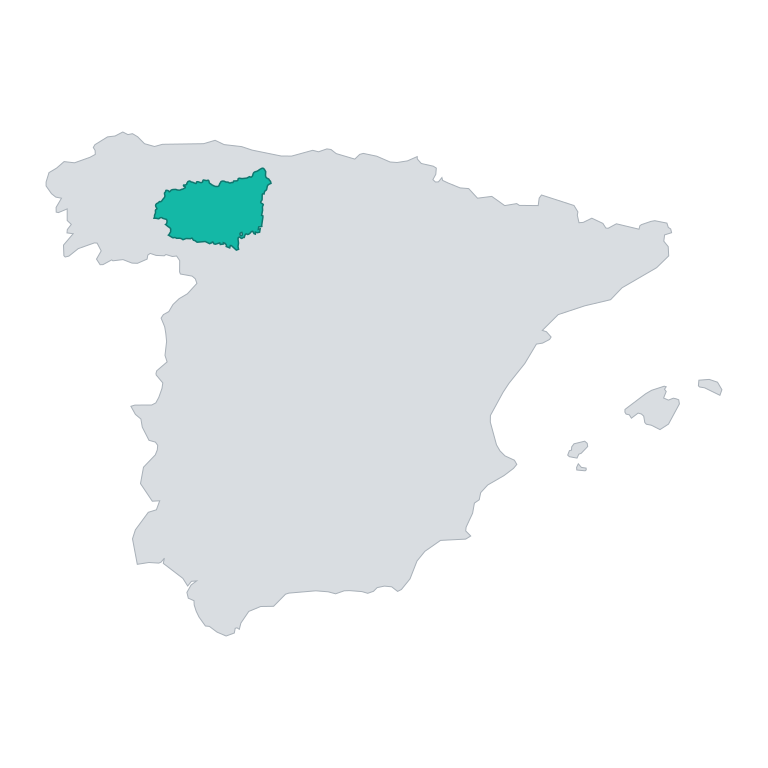 León on a map of Spain (Mercator projection)
{"feature_id": "ESP-5830", "entity_name": "León", "entity_type": "Autonomous Community", "adm_level": 1, "iso_a3": "ESP", "parent_name": "Spain", "parent_adm1": "", "projection": "mercator", "projection_center": [-5.923, 42.635], "detail": "fine", "context": "in_parent", "style": "filled", "palette": "teal", "viewbox_px": 768, "rotation_deg": 0, "n_neighbors": 0, "source": "natural_earth", "source_scale": "10m", "svg_char_len": 7884}
<svg xmlns="http://www.w3.org/2000/svg" viewBox="0 0 768 768"><path d="M417.2,156.6L417.3,159.0L421.3,163.5L433.3,166.2L436.3,168.1L435.8,174.3L432.9,179.6L435.4,182.0L438.4,181.9L441.9,177.6L442.6,180.4L448.1,183.0L460.1,187.9L468.7,188.6L477.5,198.2L491.8,196.4L504.7,205.6L516.7,203.6L519.4,205.4L538.2,205.6L539.2,198.1L541.5,195.0L574.0,205.5L577.9,211.9L577.3,215.2L579.0,222.7L583.2,222.4L591.8,218.2L602.9,223.4L605.8,228.0L608.1,228.3L616.4,223.8L639.0,229.2L639.9,225.7L641.5,224.6L650.9,221.4L654.8,220.7L666.9,223.1L668.3,227.4L670.7,229.0L671.6,232.7L664.6,234.9L663.8,241.2L668.2,246.6L668.7,255.9L656.6,267.7L622.0,287.8L610.6,299.7L584.8,305.8L558.2,314.6L542.3,330.4L546.4,331.7L551.1,337.0L549.6,339.4L542.6,343.1L536.4,344.1L524.8,363.5L508.9,383.4L503.0,392.4L490.4,415.5L490.3,422.1L496.5,444.9L500.0,450.9L505.0,455.9L514.4,460.2L516.8,464.4L513.5,468.4L504.1,475.5L487.7,485.0L480.7,492.6L479.2,499.8L474.4,503.1L472.6,513.2L466.1,527.2L465.7,530.9L470.7,536.0L465.7,539.1L440.5,540.4L424.9,551.3L417.0,561.0L410.0,578.9L401.4,589.5L397.6,591.4L391.7,586.8L384.4,586.1L377.2,587.6L373.5,591.3L367.7,593.3L362.0,591.6L349.6,590.6L344.2,590.8L335.6,593.8L328.2,591.8L315.8,590.8L288.9,593.1L285.5,594.2L273.6,606.3L260.6,606.5L248.8,611.4L240.9,623.0L239.3,629.3L237.0,627.8L235.2,628.3L234.3,633.0L226.1,636.0L217.0,632.1L209.4,626.4L205.4,626.0L199.0,617.0L196.2,611.2L194.2,605.0L194.0,600.7L188.3,598.2L186.9,592.4L191.1,585.0L196.6,580.9L191.4,581.3L187.7,586.0L182.9,578.4L163.3,563.4L164.4,558.1L161.1,562.1L158.8,563.1L148.9,562.5L137.3,564.3L132.5,538.8L135.4,529.8L148.3,512.3L156.4,509.8L159.7,500.8L152.3,501.2L140.5,483.6L143.5,467.2L155.3,454.9L157.3,449.9L157.7,445.3L155.4,442.1L149.0,440.3L142.3,427.2L140.9,419.0L135.4,414.4L130.9,406.3L134.9,405.1L151.7,405.0L155.8,402.9L158.8,397.4L162.0,388.4L162.8,382.9L156.2,375.0L156.0,373.4L156.8,370.7L167.1,361.9L165.0,355.4L166.6,341.5L165.8,333.4L164.7,326.8L161.1,318.1L163.4,314.6L168.8,311.6L173.0,304.5L179.2,298.6L187.4,293.8L196.9,283.4L195.3,278.8L192.1,276.1L180.4,274.0L179.6,271.9L179.7,260.6L176.6,256.0L172.4,256.5L165.9,254.5L164.3,255.8L156.1,255.4L150.2,253.4L147.8,255.1L147.1,259.1L137.5,263.3L132.0,263.1L123.0,259.6L112.9,260.8L111.7,259.9L103.0,264.6L100.1,264.7L96.5,259.1L101.2,250.9L97.1,243.1L94.4,242.9L78.3,248.6L68.9,256.1L65.2,257.0L63.9,255.7L63.5,245.1L73.2,233.7L67.0,232.9L67.3,229.6L71.3,224.4L67.2,220.5L67.2,208.9L58.4,212.6L56.2,212.1L56.1,207.4L61.5,198.2L55.8,197.1L51.5,193.7L46.1,186.0L46.1,182.0L49.0,172.6L56.6,168.1L64.1,161.6L74.5,162.8L90.0,157.3L95.3,154.4L95.1,150.4L93.3,147.5L94.9,144.7L107.5,136.9L115.1,136.0L122.8,132.0L127.9,134.6L132.5,133.7L137.7,136.8L144.5,143.7L154.5,146.5L162.5,144.3L203.5,143.7L215.1,140.3L224.1,144.6L241.6,146.6L252.1,150.1L281.1,156.0L291.6,156.1L312.7,150.3L318.5,151.8L326.9,148.9L331.0,149.5L336.2,153.6L354.8,159.1L359.7,154.4L363.3,153.4L376.7,156.2L390.1,162.0L397.1,162.5L407.4,160.9L417.2,156.6ZM663.6,398.0L668.4,400.1L673.4,398.2L676.1,398.8L678.7,399.8L679.4,403.9L668.5,424.1L660.0,429.6L651.3,425.2L646.3,424.2L644.8,422.5L643.7,416.1L641.4,414.0L638.1,413.1L631.4,418.2L629.3,414.8L626.1,414.1L624.9,412.1L625.0,409.4L645.6,393.8L651.6,390.3L664.2,386.2L666.2,386.8L664.5,389.2L666.2,391.5L663.6,398.0ZM721.9,389.7L719.9,395.3L704.6,387.8L699.6,387.0L698.4,385.8L698.9,380.2L709.2,379.4L717.5,382.2L721.9,389.7ZM578.8,454.2L577.0,458.1L569.4,456.7L567.7,455.1L569.4,450.7L571.5,450.1L571.7,446.9L574.0,443.8L584.7,441.2L587.2,443.3L587.7,446.5L581.2,453.3L578.8,454.2ZM586.2,469.9L585.1,470.8L576.8,470.0L576.6,467.4L578.3,463.8L581.4,467.4L586.1,468.1L586.2,469.9Z" fill="#d9dde1" stroke="#a8b0b8" stroke-width="1"/><path d="M262.4,168.2L262.9,168.2L263.4,168.4L264.3,169.2L265.7,171.6L265.5,175.3L265.6,176.0L265.9,177.1L266.3,177.6L266.7,178.0L268.8,179.1L269.1,179.6L269.4,180.2L270.4,181.2L270.6,181.7L271.0,183.4L269.3,184.1L267.8,185.2L267.3,186.2L266.6,189.5L266.2,190.1L264.9,191.1L264.5,191.8L264.0,194.0L262.8,193.8L262.5,194.0L262.3,194.4L262.2,194.8L262.1,199.5L261.9,200.2L260.8,201.7L260.7,202.2L260.9,202.7L261.3,203.1L262.9,204.1L263.3,204.6L263.2,205.0L262.7,206.0L262.4,207.0L262.6,210.2L261.6,215.4L262.9,215.9L262.9,217.2L261.7,225.2L261.8,226.4L258.7,226.9L258.3,229.4L260.2,228.8L259.6,232.2L257.2,232.7L255.4,232.1L255.3,234.1L254.1,233.7L252.7,231.3L251.7,231.5L251.1,231.9L249.9,233.3L248.8,234.1L247.6,234.5L246.4,233.9L245.9,234.0L245.5,234.3L244.8,235.4L244.4,237.0L244.3,237.3L244.1,237.5L243.9,237.4L243.6,237.4L243.0,237.6L241.9,238.4L241.3,238.4L239.8,237.2L239.3,237.0L238.3,237.7L238.0,239.0L238.5,243.1L238.0,246.5L238.6,249.3L236.3,250.1L231.4,245.6L230.3,245.5L229.7,247.9L226.2,246.5L226.4,245.3L226.3,244.9L226.2,244.7L225.2,243.5L224.6,243.1L223.4,242.7L223.6,244.0L220.3,244.5L219.7,242.9L215.5,244.2L214.0,243.9L213.3,242.6L212.8,242.0L212.3,242.0L212.1,242.2L211.9,242.7L211.7,242.9L211.4,243.0L210.8,243.0L210.6,243.1L209.9,243.6L209.7,243.7L205.2,241.5L197.3,242.2L196.7,242.0L195.3,240.8L193.5,240.2L193.0,239.6L192.4,238.5L191.9,238.1L191.5,238.2L190.5,238.7L186.1,238.5L183.0,239.7L181.3,238.6L179.6,238.2L176.7,238.3L175.3,237.6L174.8,237.5L173.0,237.8L172.3,237.5L168.4,235.1L169.1,234.5L169.7,233.2L170.3,232.5L170.5,232.1L170.6,231.6L170.7,231.1L170.6,230.2L170.6,229.7L170.8,229.2L170.5,228.6L169.8,227.7L168.1,226.6L165.6,224.5L166.0,224.3L166.1,224.2L166.5,223.6L166.7,223.2L166.9,222.6L167.0,221.4L167.1,220.9L166.5,219.4L162.9,218.4L162.7,218.3L162.1,217.8L161.6,217.6L160.9,217.6L159.9,217.9L159.5,218.2L159.2,218.4L159.2,218.5L158.4,218.8L156.3,218.3L154.0,218.2L154.5,216.9L154.5,215.7L154.6,215.1L155.4,213.2L155.5,212.4L155.4,210.5L155.6,209.9L156.0,209.5L156.4,209.3L156.9,208.9L156.9,208.4L156.7,208.0L156.4,207.6L156.1,207.1L155.8,206.5L155.6,205.6L155.7,205.0L155.9,204.5L156.5,203.7L158.2,202.8L159.3,201.7L159.8,201.5L160.2,201.7L160.6,201.7L161.1,201.5L161.7,201.0L162.8,199.4L164.4,197.5L164.7,196.9L164.9,196.1L164.9,195.5L164.5,193.9L164.5,193.0L165.4,192.0L165.6,191.5L165.7,190.9L166.1,190.3L167.8,190.5L168.7,191.0L169.0,191.7L169.4,191.8L169.9,191.5L170.3,191.1L170.7,190.6L171.1,190.2L171.6,189.9L172.5,189.6L173.4,189.5L175.7,189.4L176.4,189.6L176.8,189.7L177.1,190.0L179.4,190.2L180.0,190.1L181.7,189.3L182.4,189.3L185.1,187.8L185.3,187.4L185.3,186.9L185.0,186.6L184.1,186.3L183.7,186.1L183.5,185.7L183.5,185.3L183.7,185.0L185.2,185.0L186.2,184.6L186.6,184.4L186.8,184.1L186.8,183.8L186.8,183.3L187.1,183.0L187.4,182.5L187.6,182.1L187.9,181.6L189.3,181.0L190.1,181.2L190.6,181.5L191.0,181.9L192.0,182.2L192.6,182.2L194.8,183.2L195.8,183.5L196.2,183.4L196.4,183.1L196.5,182.2L196.8,181.8L197.5,181.7L198.7,181.9L200.1,182.5L200.7,182.6L201.4,182.6L202.4,182.1L202.7,181.6L202.8,181.1L202.9,180.6L203.1,180.2L203.5,180.0L206.0,180.5L206.6,180.6L208.1,180.2L208.6,180.5L208.9,181.0L209.1,181.9L209.2,182.4L209.4,182.9L209.7,183.3L210.9,184.0L211.5,184.6L212.2,185.0L212.8,185.2L213.0,185.5L214.3,186.0L214.7,186.2L215.2,186.4L217.2,186.5L218.0,186.4L218.5,186.2L218.9,185.7L219.1,185.3L219.3,184.9L219.4,184.6L219.5,184.4L219.5,184.2L219.7,183.8L219.9,183.4L220.2,183.0L220.5,182.6L220.7,182.1L220.9,181.7L221.4,181.4L222.2,181.1L223.4,181.1L224.2,181.2L225.6,181.9L226.6,182.1L227.4,182.1L228.5,182.3L228.9,182.7L229.3,182.9L229.8,183.0L230.3,183.0L231.5,182.5L232.5,182.6L232.9,182.5L233.1,182.2L233.3,181.8L233.5,181.3L233.7,181.0L236.4,180.9L237.0,180.8L237.5,180.6L237.9,180.1L238.2,178.7L238.7,178.4L239.3,178.2L242.0,178.6L246.8,178.1L249.4,176.7L249.8,176.7L250.3,177.0L250.9,177.2L251.4,177.1L252.2,176.3L252.6,175.7L252.9,174.6L253.0,174.1L253.2,173.7L253.7,172.7L254.2,172.3L255.0,171.8L256.9,171.3L258.5,170.4L259.3,169.7L261.9,168.3L262.4,168.2ZM241.4,235.7L242.2,235.2L242.3,233.8L241.9,232.4L240.9,232.6L240.0,233.4L240.0,234.6L240.5,235.5L241.4,235.7Z" fill="#14b8a6" stroke="#0f766e" stroke-width="1.5"/></svg>